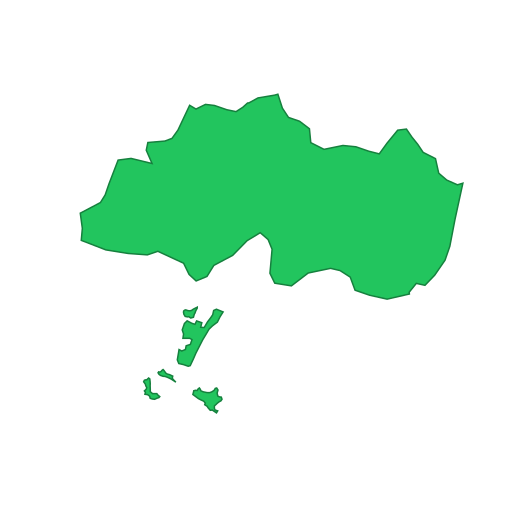 the district of Boryeong-si, South Chungcheong, South Korea, rotated 289°
{"feature_id": "91817680B78801700081843", "entity_name": "Boryeong-si", "entity_type": "district", "adm_level": 2, "iso_a3": "KOR", "parent_name": "South Korea", "parent_adm1": "South Chungcheong", "projection": "natural_earth1", "projection_center": [126.462, 36.341], "detail": "fine", "context": "isolated", "style": "filled", "palette": "green", "viewbox_px": 512, "rotation_deg": 289, "n_neighbors": 0, "source": "geoboundaries", "source_scale": "gbopen_adm2", "svg_char_len": 2994}
<svg xmlns="http://www.w3.org/2000/svg" viewBox="0 0 512 512"><g transform="rotate(289 256 256)"><path d="M376.9,144.2L349.6,141.2L339.9,138.3L335.0,132.4L328.1,116.8L320.3,117.8L309.6,127.6L307.6,106.1L301.8,94.4L276.4,93.5L264.7,93.5L255.9,91.5L239.3,75.9L225.6,82.8L213.9,85.7L212.9,112.0L216.8,134.4L221.7,152.9L228.5,161.7L225.6,189.9L216.8,198.7L212.9,207.5L220.7,216.3L233.4,219.2L249.1,233.8L267.6,242.6L279.4,252.4L275.5,262.1L267.6,269.0L244.2,274.8L236.4,282.6L239.3,299.2L256.9,310.9L268.6,330.5L269.6,340.2L266.7,352.0L255.9,360.8L255.9,376.4L257.9,394.0L270.0,413.4L271.6,412.6L282.3,416.5L283.3,425.3L296.0,431.2L313.6,436.1L328.3,436.1L355.7,432.2L392.2,427.9L388.9,423.3L389.9,411.6L393.8,401.8L406.5,394.0L408.4,380.3L414.3,372.5L419.2,364.7L425.0,356.9L421.1,349.0L405.5,343.2L392.7,339.3L391.8,328.5L391.8,314.9L388.8,302.2L379.0,285.6L381.0,270.9L393.7,265.1L397.6,253.3L397.6,241.6L404.4,232.8L416.1,224.0L414.2,221.3L406.1,206.4L398.5,199.5L397.9,198.2L392.3,195.1L386.0,190.1L384.8,180.8L384.8,167.7L382.9,158.9L375.4,151.4L376.9,144.2ZM175.3,221.0L171.5,220.5L171.5,217.1L172.3,212.0L168.9,210.3L162.1,210.3L158.7,212.9L154.4,213.7L156.6,220.1L156.1,222.7L151.0,222.7L148.4,219.2L144.6,219.7L142.0,216.7L142.5,213.7L132.2,215.4L129.2,218.0L129.7,222.7L129.7,227.8L130.9,229.5L138.2,230.3L144.6,230.8L153.1,232.0L159.5,232.9L165.5,234.2L171.5,235.4L175.8,237.6L180.9,241.0L186.9,241.8L192.4,243.1L192.8,235.9L190.7,233.7L186.4,234.2L183.0,233.3L177.9,231.6L171.5,230.3L170.6,226.9L175.3,226.5L175.3,221.0ZM111.1,265.5L113.7,263.9L116.9,263.7L118.4,261.8L117.6,260.6L115.3,260.1L113.0,258.3L111.6,256.4L110.9,254.1L110.4,250.4L110.6,247.7L111.8,246.8L112.8,245.4L111.4,244.5L109.7,244.2L109.3,242.4L108.3,241.0L107.1,241.2L104.5,241.4L102.4,248.0L102.0,250.8L101.7,253.9L100.4,255.9L98.7,255.9L98.0,258.7L96.8,260.2L95.2,263.0L96.1,264.8L95.7,266.3L94.8,269.7L97.1,270.2L97.1,267.4L98.5,266.2L100.8,265.5L102.5,266.5L104.3,267.4L106.4,268.8L107.6,270.0L109.5,270.5L111.3,269.1L110.9,267.4L111.1,265.5ZM105.2,195.6L105.7,194.2L103.4,193.0L102.9,191.8L102.2,190.9L100.5,190.7L98.9,193.0L97.3,194.1L96.1,195.5L94.3,195.6L92.1,194.4L91.2,195.8L89.1,196.0L89.6,198.6L88.9,201.0L87.0,202.3L87.0,204.4L87.5,206.8L89.3,208.7L90.5,210.3L91.7,210.8L92.6,208.5L93.6,207.0L92.2,203.0L93.3,200.2L95.4,199.5L99.0,198.1L100.8,197.6L102.9,196.7L105.2,195.6ZM185.4,214.1L183.5,212.7L182.6,211.2L182.2,209.5L182.2,208.0L182.2,207.1L181.5,206.1L180.4,205.5L179.1,205.8L177.4,206.8L175.8,208.7L176.1,211.0L176.7,212.2L176.1,214.5L177.7,216.8L180.9,216.6L182.2,216.9L184.7,216.9L187.5,217.4L188.5,217.1L185.4,214.1ZM112.0,218.5L112.9,216.9L114.4,216.4L115.3,216.4L115.7,212.9L115.5,210.6L115.8,209.1L116.9,207.5L117.9,206.1L118.4,205.1L117.4,204.4L115.7,203.7L114.8,202.6L114.8,201.7L113.7,201.4L112.7,202.6L112.5,203.0L112.0,204.5L112.0,207.3L112.5,209.2L112.5,211.5L112.3,213.6L112.0,215.9L111.1,219.5L110.6,221.3L112.0,218.5Z" fill="#22c55e" stroke="#15803d" stroke-width="1.5"/></g></svg>